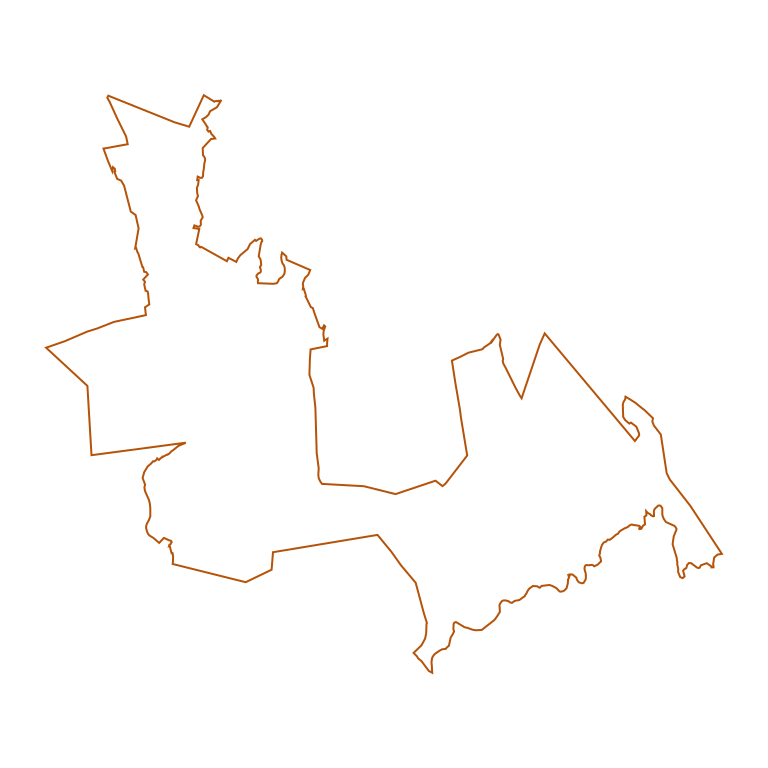 outline of Santa María Jacatepec, Oaxaca, Mexico
{"feature_id": "50627088B44286312453490", "entity_name": "Santa María Jacatepec", "entity_type": "district", "adm_level": 2, "iso_a3": "MEX", "parent_name": "Mexico", "parent_adm1": "Oaxaca", "projection": "robinson", "projection_center": [-96.105, 17.868], "detail": "fine", "context": "isolated", "style": "outline", "palette": "amber", "viewbox_px": 768, "rotation_deg": 0, "n_neighbors": 0, "source": "geoboundaries", "source_scale": "gbopen_adm2", "svg_char_len": 6118}
<svg xmlns="http://www.w3.org/2000/svg" viewBox="0 0 768 768"><path d="M428.7,670.8L432.2,672.8L431.8,665.3L431.5,662.7L431.9,658.9L432.5,657.1L433.6,655.4L435.0,653.8L439.8,650.5L442.2,649.3L445.7,648.9L447.0,647.3L448.9,645.8L450.7,637.5L452.5,634.7L454.0,631.6L453.9,630.7L453.4,629.6L453.6,624.1L454.2,622.8L455.9,622.0L464.5,627.2L467.6,627.9L472.6,629.7L475.7,630.3L481.8,629.9L493.9,620.4L494.9,619.4L498.0,615.0L499.9,611.8L499.5,605.4L499.8,604.1L501.7,601.3L503.1,600.5L505.6,600.4L508.7,601.3L509.9,602.3L511.9,602.9L514.7,600.9L519.4,600.0L525.0,595.9L525.2,595.1L526.5,593.3L527.6,590.9L529.3,588.6L532.9,586.0L537.3,586.3L539.3,587.6L539.8,587.7L541.7,585.9L549.4,585.0L552.0,585.8L556.0,587.9L557.0,588.7L558.9,590.8L560.2,591.7L562.8,591.3L564.6,590.3L566.6,588.1L567.8,583.5L568.1,579.2L568.7,578.4L569.0,577.4L568.4,575.2L569.7,575.4L569.6,574.4L572.5,574.5L575.9,577.3L576.4,577.7L576.8,579.4L578.0,581.3L579.1,582.4L582.1,583.3L583.6,582.9L585.6,579.5L585.9,577.5L585.8,574.2L585.4,572.0L584.9,571.1L584.5,568.3L584.7,567.0L585.4,565.5L586.5,565.0L588.6,565.3L591.7,564.9L593.0,565.2L594.2,566.3L597.7,564.6L601.1,561.3L600.4,557.6L599.2,555.6L599.9,553.6L600.0,551.5L601.4,546.5L602.1,544.7L603.8,542.4L606.0,541.6L607.8,539.6L609.8,539.8L613.0,537.4L615.6,535.0L618.2,533.5L619.3,531.7L620.7,530.6L624.3,528.5L627.4,527.2L629.2,525.9L629.3,525.6L631.0,524.7L632.0,524.5L633.9,525.2L634.6,525.1L639.1,525.8L640.8,527.3L639.3,528.0L639.2,528.7L639.4,529.1L641.3,528.8L643.0,525.7L645.0,524.4L644.4,516.7L646.4,515.4L646.2,511.2L647.6,512.8L650.2,514.3L650.8,515.1L653.0,516.3L654.0,516.1L653.9,511.1L654.4,509.5L655.0,508.6L658.1,505.7L659.1,505.4L660.6,505.8L662.3,508.1L662.3,514.4L662.8,516.6L663.8,518.9L665.9,522.0L674.3,525.8L675.5,527.0L676.4,528.7L676.5,529.4L676.3,530.0L673.7,536.5L672.6,544.2L676.7,557.8L677.0,560.8L677.4,561.9L677.2,564.0L678.2,568.8L678.1,571.9L680.2,577.1L682.7,578.1L684.6,576.4L683.1,570.8L684.0,569.5L686.3,568.0L687.2,564.8L689.0,563.0L691.2,563.2L696.7,567.4L698.7,568.1L699.6,567.7L700.9,565.3L706.7,563.2L711.8,566.7L711.6,567.3L713.5,567.3L713.5,565.6L713.1,564.3L714.2,557.5L717.5,554.6L721.9,553.9L690.3,505.8L669.8,479.5L666.7,473.3L660.8,434.5L654.0,425.7L652.3,421.5L653.0,418.3L644.3,409.9L642.1,408.3L635.4,402.8L631.0,400.0L625.1,396.4L624.6,396.2L625.7,396.8L625.1,399.4L623.5,402.0L622.8,404.7L623.2,416.9L625.1,420.0L629.3,423.6L630.9,422.6L636.3,426.6L639.1,433.5L639.1,435.5L634.9,441.0L544.7,333.4L539.7,344.6L521.6,398.3L519.7,395.4L515.2,387.1L505.7,367.9L503.3,363.5L502.7,360.8L503.2,359.1L499.8,344.7L500.6,339.7L498.5,334.4L497.7,334.1L496.7,334.8L492.0,341.6L491.9,340.8L490.1,343.3L483.9,347.5L482.5,349.2L468.4,352.7L460.1,356.9L451.9,360.6L455.5,383.8L460.0,409.9L460.9,417.3L467.2,455.5L445.4,483.8L442.5,486.1L435.5,480.7L395.5,494.1L363.8,486.2L322.0,483.9L320.2,481.3L318.7,478.1L318.3,474.7L318.7,468.3L316.7,453.1L315.4,408.0L313.9,393.8L313.6,387.7L309.4,374.8L309.9,358.9L310.6,349.4L327.1,346.1L327.1,343.2L327.5,338.6L324.2,340.7L323.4,334.7L323.6,331.2L325.2,326.4L324.0,325.4L322.3,328.8L319.5,327.2L314.8,314.2L312.8,308.0L310.9,307.2L305.6,296.4L305.9,296.2L305.7,294.7L303.8,288.9L302.8,289.2L303.3,286.6L302.8,284.4L303.2,282.2L305.0,278.0L308.3,274.7L310.2,270.0L286.6,259.8L286.3,256.4L282.1,252.6L281.5,254.9L281.2,257.7L281.6,260.6L282.5,263.4L283.9,265.3L284.4,266.6L284.8,268.9L284.8,271.2L284.3,274.0L282.3,276.9L280.3,278.1L278.9,279.4L278.3,281.1L276.9,283.2L273.5,283.8L258.0,283.2L257.8,281.3L258.1,280.1L257.8,278.8L256.7,277.2L256.4,276.3L256.7,275.1L258.3,273.4L259.8,272.8L260.5,272.2L260.9,271.2L260.7,269.4L259.9,267.1L260.0,266.6L260.7,266.0L261.2,264.9L260.8,260.6L260.3,259.0L258.7,256.3L260.6,245.0L261.5,241.8L262.2,241.2L262.1,240.0L261.1,238.5L260.2,238.4L259.1,238.9L256.1,240.9L255.0,239.8L250.0,244.1L247.6,249.1L240.3,255.2L237.9,258.4L236.3,261.9L228.4,257.8L226.9,261.2L202.2,247.4L200.9,246.8L200.1,247.4L199.2,246.7L198.5,245.4L196.1,244.1L199.3,229.0L193.5,228.0L194.4,225.4L198.2,226.7L199.5,226.6L200.5,225.4L200.9,224.3L200.7,220.7L202.7,217.3L202.3,215.6L199.4,208.8L198.9,206.8L196.1,200.3L198.0,196.0L197.2,193.3L196.9,187.8L198.1,184.8L198.4,182.7L198.6,179.9L197.2,180.1L197.7,176.6L200.5,177.9L202.1,177.7L203.0,176.2L203.2,172.0L203.7,169.6L204.4,163.1L205.1,160.5L205.1,159.3L204.8,157.9L204.1,156.5L203.0,155.3L202.7,148.0L211.1,139.0L215.2,138.5L214.3,137.0L211.4,133.9L210.1,131.0L208.6,131.6L207.2,130.0L207.7,127.5L207.4,126.8L206.7,126.5L206.6,125.7L202.3,119.3L206.0,117.1L208.5,114.7L210.1,111.2L216.9,107.3L221.4,100.0L219.8,101.3L218.8,100.7L217.8,101.3L216.3,100.9L214.8,101.3L214.4,101.7L203.8,95.2L189.2,126.7L174.6,122.3L108.3,95.7L107.3,97.8L109.6,101.8L117.4,118.9L126.1,136.5L127.7,144.2L103.5,148.6L107.8,160.5L112.3,171.3L113.0,167.2L114.8,168.8L115.2,171.4L114.4,171.9L117.2,178.9L121.1,180.6L124.1,185.7L130.8,211.6L135.6,215.0L138.6,228.4L135.2,248.2L136.0,247.7L137.3,251.8L138.3,253.5L142.4,267.0L143.1,267.2L144.2,271.8L146.2,272.1L147.9,274.5L143.2,279.6L145.0,281.8L144.2,284.4L145.6,290.8L147.6,291.4L148.1,293.6L148.6,299.1L149.3,304.4L145.0,307.3L145.9,315.1L114.0,321.9L97.1,328.5L87.2,331.6L64.6,341.3L46.1,347.7L87.4,385.9L91.5,455.2L185.7,442.7L184.9,443.2L178.5,445.8L172.8,450.4L171.1,451.5L169.6,453.3L167.6,454.7L167.2,454.5L163.1,456.7L162.5,456.6L162.3,457.3L161.6,457.4L160.5,458.3L159.0,459.9L157.2,458.4L156.6,459.7L154.4,461.4L153.2,461.2L150.6,464.0L147.7,466.4L144.2,472.2L142.6,478.0L145.1,484.6L144.4,487.4L145.0,491.0L148.9,499.9L149.8,503.4L150.3,508.0L150.3,516.4L148.9,520.1L146.9,523.7L146.1,526.2L146.2,528.6L146.8,530.7L147.5,532.8L148.6,534.6L149.6,535.6L153.5,538.0L159.2,542.9L163.9,537.9L168.8,540.2L171.0,540.8L171.7,542.1L171.1,542.8L170.7,544.0L169.4,544.8L169.1,545.9L169.6,545.6L171.6,553.2L172.5,553.1L173.1,556.4L173.0,560.9L172.7,564.0L245.7,582.2L271.6,569.7L273.0,552.2L377.5,534.9L391.4,551.8L401.0,565.3L415.7,582.8L423.8,613.0L426.9,623.0L426.5,623.9L426.2,633.2L425.1,638.6L421.5,645.3L413.6,652.9L417.1,656.5L418.1,658.4L421.5,661.1L428.7,670.8Z" fill="none" stroke="#b45309" stroke-width="2"/></svg>